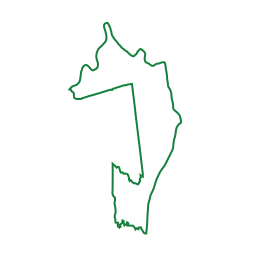 Foz do Iguaçu, Paraná, Brazil, rotated 173°
{"feature_id": "56859067B63290422041156", "entity_name": "Foz do Iguaçu", "entity_type": "district", "adm_level": 2, "iso_a3": "BRA", "parent_name": "Brazil", "parent_adm1": "Paraná", "projection": "equal_earth", "projection_center": [-54.465, -25.455], "detail": "fine", "context": "isolated", "style": "outline", "palette": "green", "viewbox_px": 256, "rotation_deg": 173, "n_neighbors": 0, "source": "geoboundaries", "source_scale": "gbopen_adm2", "svg_char_len": 3591}
<svg xmlns="http://www.w3.org/2000/svg" viewBox="0 0 256 256"><g transform="rotate(173 128 128)"><path d="M149.9,31.5L148.7,30.1L147.4,31.0L148.0,33.1L146.6,33.6L145.2,34.5L144.7,36.9L143.7,36.2L143.9,34.2L143.4,31.8L142.4,32.5L141.4,32.2L140.4,34.5L139.3,33.5L140.1,31.1L137.5,30.9L135.0,30.4L133.1,27.7L132.9,26.4L131.7,27.3L130.0,26.3L129.7,27.9L128.5,27.7L127.4,27.9L126.9,26.0L125.6,23.4L125.1,22.0L123.8,21.2L122.8,21.1L121.4,27.1L120.9,29.2L119.5,37.8L118.3,44.0L117.1,50.2L115.4,54.2L113.7,58.7L109.8,64.9L109.4,66.0L105.8,73.8L101.3,80.8L99.6,82.7L96.1,86.4L94.0,89.5L90.7,94.5L86.9,100.3L85.7,102.5L85.1,105.5L84.7,107.2L84.2,109.3L83.8,110.5L83.3,111.8L82.7,113.0L82.2,114.3L81.8,115.7L81.4,117.0L81.0,118.7L80.4,120.8L79.8,122.1L79.3,123.2L78.2,124.3L77.0,125.6L75.9,126.2L74.9,126.6L74.6,128.1L74.7,130.2L74.8,132.2L75.4,134.6L76.3,136.2L77.3,137.3L78.6,138.8L79.5,139.7L80.3,140.8L80.7,142.4L80.6,144.1L80.4,146.3L80.6,148.8L80.9,150.4L81.0,152.6L80.9,155.2L80.8,157.1L81.0,158.8L81.4,160.5L81.9,161.9L82.5,163.1L83.0,164.4L83.1,166.0L83.0,167.4L83.1,169.4L83.1,170.8L83.2,172.4L83.0,174.0L82.9,175.6L83.0,177.4L83.0,179.4L83.2,181.3L83.2,182.9L83.2,184.9L83.3,187.3L83.8,188.8L85.0,188.9L86.3,189.0L87.5,188.8L88.9,188.3L90.6,188.3L91.8,188.2L93.1,187.8L93.9,187.2L95.1,186.7L96.6,186.8L97.9,187.8L99.1,188.9L100.3,189.9L101.5,190.5L102.7,191.6L103.1,194.3L102.7,196.4L102.3,197.6L101.8,199.3L102.4,201.3L103.2,202.4L105.0,204.3L106.3,204.9L107.4,204.1L108.6,203.1L109.7,201.9L110.5,200.4L112.2,199.7L113.2,198.6L114.3,198.6L115.7,199.5L116.6,200.2L117.6,201.4L118.8,202.9L119.7,204.1L120.7,204.7L121.9,205.9L122.9,207.0L124.0,207.9L124.7,208.9L125.5,210.3L126.9,211.9L127.8,213.6L128.7,215.0L129.3,216.0L130.4,217.6L131.2,219.2L131.7,220.2L132.3,221.4L132.7,222.9L132.8,224.2L132.8,225.4L133.1,226.6L133.3,228.3L133.6,229.8L133.9,231.1L134.4,232.4L134.8,233.6L135.3,234.6L136.7,234.9L138.3,234.3L139.3,233.1L139.4,231.7L139.3,229.7L138.7,227.2L138.5,225.6L138.3,223.0L138.3,221.7L138.4,220.3L138.7,218.6L139.5,217.0L140.7,215.6L142.0,214.6L143.1,213.6L144.5,212.4L146.0,211.6L146.8,210.7L148.1,209.7L148.8,208.2L149.7,206.8L150.4,204.6L150.7,203.3L150.8,201.5L150.7,200.0L150.4,198.7L150.1,197.2L150.0,195.3L150.2,193.7L151.1,191.7L152.4,190.6L153.8,190.1L155.2,189.5L156.5,189.7L157.4,190.6L158.5,192.2L159.2,193.3L160.3,194.6L161.4,195.5L162.6,195.8L163.6,195.3L165.1,194.3L166.1,192.8L166.9,191.0L167.7,189.3L168.2,187.5L168.6,185.7L169.2,183.5L169.8,181.5L170.5,179.8L171.4,178.8L172.5,177.9L173.9,177.0L175.4,176.7L178.0,176.1L179.1,175.4L180.5,174.4L181.4,173.4L180.1,173.0L179.2,170.9L178.1,170.1L177.4,168.6L177.8,167.4L177.6,164.7L176.9,163.8L175.5,163.0L173.1,162.8L171.1,162.5L169.9,163.1L164.3,164.1L163.3,164.5L162.0,164.5L157.9,165.2L156.6,165.3L155.7,165.6L152.6,166.0L140.7,168.2L139.3,167.6L138.5,168.6L134.5,169.4L126.5,170.9L125.4,170.7L122.7,171.2L118.7,171.2L118.7,151.2L118.7,145.5L118.8,142.6L118.8,139.7L118.8,133.5L118.8,128.5L118.8,115.2L118.8,109.1L118.8,102.8L118.9,80.6L119.2,77.9L120.3,78.6L121.3,79.6L121.4,77.2L122.6,75.6L122.4,73.7L123.5,73.1L124.0,71.7L125.1,70.8L127.6,72.3L129.3,72.6L130.6,74.3L131.6,75.9L132.7,75.1L133.3,76.6L133.1,78.3L133.7,81.5L134.6,82.5L136.3,83.1L138.0,83.2L138.8,84.6L140.5,84.6L141.1,86.2L141.6,90.1L142.9,90.7L144.2,90.0L145.1,91.5L147.6,94.4L148.9,83.2L150.9,68.1L151.3,65.8L151.4,64.0L150.9,62.4L150.2,61.3L149.4,60.4L149.8,57.7L150.6,55.0L150.3,50.7L150.4,47.1L151.0,44.5L152.1,42.1L151.7,39.0L151.9,37.4L151.8,35.6L149.5,35.2L150.0,33.4L149.9,31.5Z" fill="none" stroke="#15803d" stroke-width="2"/></g></svg>